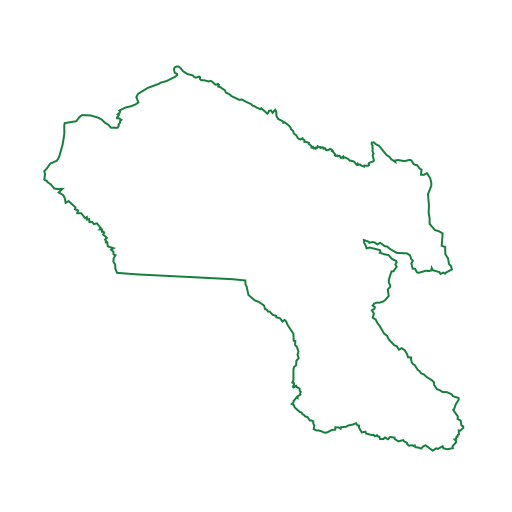 the district of Kailahun, Eastern, Sierra Leone, rotated 93°
{"feature_id": "65957751B248885957650", "entity_name": "Kailahun", "entity_type": "district", "adm_level": 2, "iso_a3": "SLE", "parent_name": "Sierra Leone", "parent_adm1": "Eastern", "projection": "orthographic", "projection_center": [-10.677, 8.06], "detail": "fine", "context": "isolated", "style": "outline", "palette": "green", "viewbox_px": 512, "rotation_deg": 93, "n_neighbors": 0, "source": "geoboundaries", "source_scale": "gbopen_adm2", "svg_char_len": 6028}
<svg xmlns="http://www.w3.org/2000/svg" viewBox="0 0 512 512"><g transform="rotate(93 256 256)"><path d="M185.1,471.0L190.7,471.4L191.6,470.2L191.8,468.9L193.3,467.9L195.2,464.6L199.1,461.1L199.5,458.4L199.1,452.8L202.8,456.3L205.4,451.6L208.5,449.9L212.8,448.9L211.0,446.0L216.9,438.8L218.9,439.2L219.8,436.1L222.6,436.7L222.4,432.8L227.2,428.6L226.0,427.0L228.5,426.6L227.9,424.5L230.9,424.1L230.5,421.4L232.6,419.6L231.7,416.5L236.3,412.5L237.7,413.6L237.7,411.1L239.9,411.1L239.7,409.6L240.6,408.8L242.6,409.8L245.7,405.9L247.5,407.6L248.5,406.7L250.2,406.7L250.0,405.3L254.1,404.5L255.7,398.7L257.3,401.0L259.2,398.7L261.8,398.3L262.5,396.4L265.9,398.1L269.2,398.1L271.9,396.2L276.0,395.8L280.1,393.9L280.6,373.3L280.4,278.4L281.0,265.4L284.9,265.0L286.9,263.8L295.3,261.5L300.4,254.9L301.8,250.5L305.1,245.4L308.6,244.1L309.2,242.3L310.8,241.2L310.8,239.4L313.9,236.3L314.7,232.8L316.1,232.5L316.9,228.8L320.1,226.1L318.3,224.1L319.9,222.4L323.6,220.6L331.6,214.6L338.7,213.9L338.9,212.3L342.6,212.3L343.6,211.7L344.1,210.6L349.2,208.6L352.4,209.4L355.9,208.1L358.4,210.2L363.1,210.2L364.7,212.1L366.8,212.7L378.2,212.1L380.5,213.1L381.1,211.4L382.5,211.4L384.6,212.3L385.4,211.4L383.5,209.2L384.8,208.3L385.8,206.1L386.6,205.4L388.2,205.4L389.3,204.2L390.9,204.8L392.1,204.4L394.0,207.1L395.4,207.1L394.8,207.9L398.9,210.8L400.3,211.0L401.9,212.5L402.8,210.4L404.6,209.8L405.8,208.7L409.5,204.2L409.9,202.3L411.5,201.3L412.2,199.8L413.6,198.6L414.2,196.1L417.5,193.6L417.3,192.0L418.1,190.1L420.1,190.1L422.2,188.9L425.9,189.3L427.1,186.4L426.9,184.5L427.5,181.8L428.8,178.7L428.6,176.1L425.7,170.9L425.3,167.8L422.9,167.8L422.9,164.5L424.1,162.4L422.5,162.0L421.8,157.1L420.6,155.4L419.0,149.8L417.7,147.3L419.8,145.9L420.0,144.2L422.0,144.2L426.7,141.1L425.7,137.6L427.5,136.8L428.8,130.8L428.4,129.2L429.8,127.9L428.6,125.8L429.8,125.2L429.9,123.4L432.3,122.5L432.1,119.2L430.5,117.8L432.1,114.5L429.7,112.6L430.1,108.1L431.5,107.9L433.7,104.1L432.1,99.4L433.5,98.2L434.6,95.5L436.0,95.1L437.4,93.2L436.8,89.9L437.4,88.9L436.8,87.6L438.6,86.8L438.8,83.7L439.7,81.0L437.2,78.9L436.2,76.7L441.1,69.4L438.6,65.9L439.2,64.3L436.2,59.7L438.2,58.9L439.0,55.0L437.6,49.4L435.7,49.8L431.6,46.5L430.2,46.5L428.8,48.0L428.6,46.7L425.9,46.3L425.9,45.3L424.1,45.1L423.5,44.0L419.6,44.4L419.6,42.8L416.9,40.1L415.3,40.1L414.5,42.0L409.6,43.0L408.3,46.1L405.5,46.1L399.4,51.1L398.1,50.0L393.8,48.8L388.9,46.1L387.1,46.3L385.7,52.1L384.0,53.2L382.0,58.1L382.0,62.7L380.5,65.3L379.4,68.4L375.6,71.3L372.9,71.6L370.9,73.8L367.8,79.4L365.4,82.3L364.7,84.8L362.5,86.6L361.3,88.5L356.6,91.8L355.8,93.5L354.1,94.9L351.5,95.7L349.2,95.7L349.2,98.8L345.9,100.1L342.3,102.6L340.4,105.7L342.1,108.3L338.6,110.8L338.0,113.1L332.3,119.1L329.0,120.8L326.7,124.1L319.7,128.6L316.2,131.5L313.1,133.2L311.5,136.3L307.4,135.2L304.2,137.5L302.5,135.0L300.9,134.6L299.4,136.9L297.4,135.6L296.2,132.7L296.2,130.5L294.9,126.8L293.3,124.7L289.0,121.4L282.5,122.6L279.8,120.4L278.2,120.4L275.5,122.0L272.3,122.0L264.3,119.9L264.1,117.9L259.4,115.0L257.1,116.4L254.9,115.2L253.6,115.8L251.8,120.1L248.1,123.7L247.7,127.2L246.3,132.5L245.1,131.9L243.6,132.5L241.6,142.9L242.6,146.0L239.7,147.0L237.7,148.5L234.4,149.1L235.9,144.1L236.9,143.5L235.9,140.0L236.5,137.8L238.1,135.4L236.3,132.8L239.5,127.8L239.7,125.5L241.8,122.8L245.5,115.8L245.5,105.3L247.3,102.2L250.8,100.9L252.6,99.1L255.3,100.5L260.4,98.9L260.4,96.4L263.9,94.5L264.3,92.7L261.8,85.6L262.0,82.5L261.2,80.1L258.8,79.9L261.0,78.6L262.4,72.2L264.3,70.8L262.8,68.1L263.7,66.2L262.6,65.4L259.1,59.6L255.6,60.9L254.0,62.8L248.3,64.1L244.4,67.0L237.1,67.6L236.1,71.1L223.7,70.8L221.8,74.4L220.7,78.7L214.8,84.3L209.4,84.6L203.4,85.9L196.7,85.9L185.3,87.5L176.7,84.6L173.2,84.9L169.1,86.2L164.3,89.7L166.2,92.6L166.2,95.5L161.2,95.2L160.5,96.8L156.8,99.9L156.7,101.7L155.9,103.4L152.4,105.9L151.9,107.5L153.5,112.6L152.7,119.2L153.4,122.2L154.8,121.8L152.3,126.1L150.3,127.6L148.2,131.0L139.5,138.9L138.0,142.4L136.4,144.2L136.6,146.3L138.1,146.4L140.0,145.3L141.1,145.6L142.4,145.1L145.2,145.2L147.6,144.0L149.3,144.8L154.5,143.2L155.6,144.3L156.9,147.5L157.6,148.3L159.4,147.9L160.1,148.9L160.0,152.5L161.1,152.8L160.1,155.9L159.2,156.7L159.6,158.5L158.5,159.3L159.8,160.0L156.6,163.1L155.8,166.2L156.0,167.2L154.1,169.3L152.8,172.8L153.6,173.9L152.1,174.2L153.7,176.2L151.5,177.9L152.0,179.5L151.3,180.2L152.0,181.4L151.4,182.6L150.3,182.3L148.2,184.3L147.3,184.6L147.2,185.7L146.2,185.6L145.1,187.6L146.7,189.9L146.5,191.6L144.9,192.5L145.3,194.0L144.5,194.0L143.9,195.0L144.4,196.1L143.9,196.9L144.6,197.3L143.1,200.3L145.1,200.9L145.7,202.1L144.8,202.6L145.6,203.7L144.3,204.6L145.0,205.4L144.8,206.3L143.7,205.9L141.3,209.1L140.2,209.1L139.4,212.1L139.5,213.6L137.6,213.8L136.8,215.6L136.0,215.8L137.4,217.9L136.3,220.2L133.0,222.4L132.5,223.8L131.3,224.8L129.1,225.5L127.6,227.6L125.6,228.4L123.6,230.5L121.0,234.5L121.6,235.7L120.1,236.3L117.9,241.2L115.2,242.9L110.6,243.4L109.0,244.5L112.2,246.9L109.9,248.6L110.3,250.6L112.6,251.4L113.3,252.1L108.2,258.4L109.2,259.1L107.6,263.5L106.3,265.7L106.0,267.4L104.6,268.8L102.5,274.3L100.4,278.1L101.0,280.8L97.5,289.1L96.1,290.6L94.3,294.7L92.3,295.6L89.4,300.3L88.7,302.6L87.0,302.0L86.1,303.1L86.8,303.9L87.0,305.6L84.0,309.2L83.5,310.7L84.2,312.4L83.2,317.0L83.4,319.8L82.0,321.3L80.3,321.3L79.8,322.1L81.0,325.2L80.6,327.0L78.9,328.6L77.9,334.0L75.3,338.5L72.3,341.2L70.9,343.1L70.9,345.2L72.2,347.3L73.9,347.7L77.2,346.8L78.3,344.3L79.4,344.2L80.9,345.6L85.9,354.3L88.0,360.5L89.3,362.3L93.8,372.9L100.3,382.3L103.7,383.8L108.7,381.5L110.8,384.0L113.0,388.6L114.5,394.0L117.9,400.1L118.8,399.4L119.9,399.5L121.7,401.5L122.4,400.3L125.1,402.1L125.7,402.0L125.7,400.0L127.1,397.6L128.4,398.9L129.9,398.7L132.0,400.2L133.1,399.9L135.2,401.0L135.5,407.5L132.6,410.4L130.7,414.0L127.8,417.2L126.1,420.9L124.3,428.5L124.4,437.1L126.6,439.7L130.8,442.5L133.3,454.0L135.8,454.3L144.3,453.8L155.3,455.0L166.8,457.7L169.4,458.7L171.4,460.1L174.5,466.3L179.5,469.4L182.4,471.9L185.1,471.0Z" fill="none" stroke="#15803d" stroke-width="2"/></g></svg>